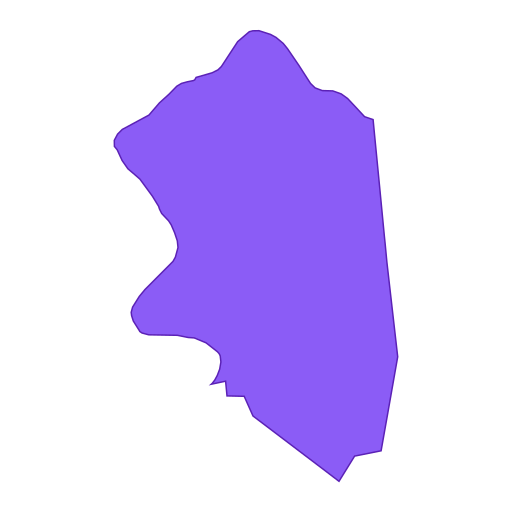 Boone, Kentucky, United States of America
{"feature_id": "52423323B16120652166140", "entity_name": "Boone", "entity_type": "district", "adm_level": 2, "iso_a3": "USA", "parent_name": "United States of America", "parent_adm1": "Kentucky", "projection": "albers", "projection_center": [-84.783, 38.962], "detail": "fine", "context": "isolated", "style": "filled", "palette": "violet", "viewbox_px": 512, "rotation_deg": 0, "n_neighbors": 0, "source": "geoboundaries", "source_scale": "gbopen_adm2", "svg_char_len": 1198}
<svg xmlns="http://www.w3.org/2000/svg" viewBox="0 0 512 512"><path d="M132.5,172.7L139.9,179.1L145.1,186.2L152.4,196.2L158.6,206.3L159.5,209.1L161.7,213.5L168.6,220.8L171.2,224.8L174.6,232.7L177.3,240.8L178.0,247.5L175.4,257.1L173.0,261.4L145.0,289.5L139.3,296.4L132.6,307.1L131.2,312.3L131.6,315.6L133.3,321.0L139.4,330.7L139.8,331.5L142.0,333.0L148.7,334.8L177.4,335.3L188.2,337.5L194.2,337.9L206.0,342.8L217.5,351.8L219.1,353.6L220.2,355.8L220.9,362.0L219.7,369.1L217.3,375.4L214.8,380.0L212.2,383.4L211.3,384.2L225.6,381.2L227.0,395.9L244.2,396.3L253.0,416.0L317.6,465.0L339.0,481.3L354.6,456.1L381.1,450.8L387.8,413.0L397.7,356.8L386.9,262.2L385.2,244.3L384.4,236.5L379.7,187.6L374.5,134.3L373.1,119.6L364.6,116.7L347.7,98.6L341.2,93.9L332.8,90.9L322.3,90.6L315.1,87.9L310.5,83.4L307.9,79.4L298.9,65.4L287.5,48.7L283.2,43.4L276.0,37.4L270.5,34.4L259.0,30.7L252.8,30.8L249.3,31.7L237.7,41.6L221.4,66.5L217.9,69.9L212.1,72.8L196.1,77.4L194.7,79.9L193.3,80.6L187.3,81.8L181.5,83.4L176.8,86.2L169.0,94.2L159.5,102.8L148.9,115.1L139.2,120.3L122.3,129.4L117.6,134.1L114.3,140.3L114.4,146.4L117.2,149.8L122.1,160.5L127.9,168.8L132.5,172.7Z" fill="#8b5cf6" stroke="#5b21b6" stroke-width="1.5"/></svg>